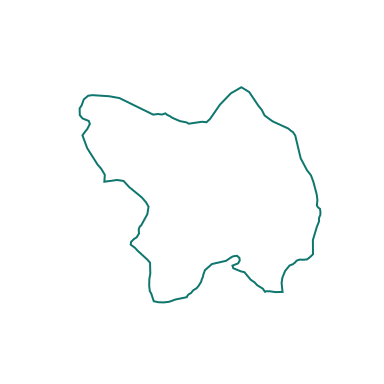 the Region of Chaouia - Ouardigha, rotated 202°
{"feature_id": "MAR-1449", "entity_name": "Chaouia - Ouardigha", "entity_type": "Region", "adm_level": 1, "iso_a3": "MAR", "parent_name": "Morocco", "parent_adm1": "", "projection": "albers", "projection_center": [-7.234, 33.091], "detail": "fine", "context": "isolated", "style": "outline", "palette": "teal", "viewbox_px": 384, "rotation_deg": 202, "n_neighbors": 0, "source": "natural_earth", "source_scale": "10m", "svg_char_len": 1760}
<svg xmlns="http://www.w3.org/2000/svg" viewBox="0 0 384 384"><g transform="rotate(202 192 192)"><path d="M157.5,92.5L167.1,86.1L172.0,81.7L176.7,79.1L181.9,77.2L186.5,76.4L186.8,76.7L191.7,82.5L194.0,84.3L196.7,89.3L198.9,95.2L200.1,100.7L204.4,110.7L208.1,112.6L220.5,117.2L223.8,118.8L229.1,120.2L229.8,122.9L228.3,126.5L226.3,129.3L225.6,133.6L227.4,137.4L227.5,140.3L226.6,142.0L225.1,154.7L226.8,162.1L230.9,165.3L236.6,168.2L252.0,173.0L259.6,176.6L266.1,175.0L277.1,168.7L279.3,175.3L285.0,179.6L289.9,182.1L305.6,193.4L314.8,203.5L313.7,208.0L312.7,211.0L312.2,216.9L314.4,219.2L321.0,219.2L324.8,221.2L327.5,227.4L326.8,230.8L327.0,237.4L324.3,242.4L320.6,244.5L304.5,249.8L294.5,251.9L257.0,249.2L252.9,251.5L248.8,252.6L246.2,254.9L243.8,254.2L240.6,254.0L237.9,253.4L229.8,253.2L223.0,254.5L220.6,254.1L209.0,260.9L204.7,262.1L202.6,266.6L198.8,283.5L192.9,298.1L185.5,307.6L176.4,306.1L162.7,296.8L158.1,294.3L153.3,290.1L143.7,287.7L126.5,286.9L123.2,285.8L120.7,285.3L117.4,283.0L103.9,264.0L93.6,255.3L87.9,252.0L83.2,246.8L75.5,236.5L72.7,231.5L71.2,226.3L69.5,225.0L67.0,224.3L65.5,221.7L64.5,219.1L64.5,215.6L63.2,212.3L63.2,206.5L61.9,192.7L56.5,179.6L58.2,175.8L60.1,172.6L63.6,170.8L67.0,169.6L69.3,167.5L70.0,165.3L71.5,162.7L74.0,160.4L76.1,153.7L76.1,146.5L74.9,141.3L70.8,133.6L70.6,133.3L77.0,130.5L83.0,129.0L86.2,127.7L86.9,126.8L87.0,126.8L90.1,128.9L96.6,130.0L100.0,131.6L104.8,132.7L113.4,137.3L117.2,136.7L125.2,136.8L126.9,138.9L122.5,143.1L122.1,146.5L123.4,148.7L126.3,149.7L128.3,148.7L130.4,147.2L134.7,140.9L146.5,132.7L150.7,124.4L150.6,120.4L150.1,117.3L150.2,114.7L149.9,112.2L150.7,107.5L151.6,104.7L154.1,101.2L155.1,97.9L156.9,95.6L157.6,92.9L157.5,92.5Z" fill="none" stroke="#0f766e" stroke-width="2"/></g></svg>